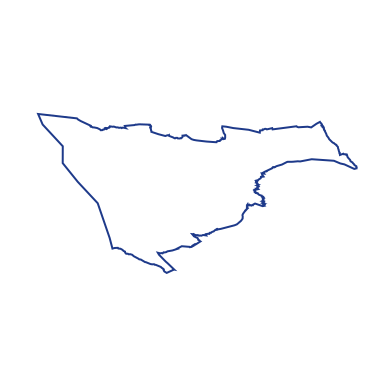 the district of Åsnes nor, Hedmark, Norway, rotated 186°
{"feature_id": "86288312B76254808109163", "entity_name": "Åsnes nor", "entity_type": "district", "adm_level": 2, "iso_a3": "NOR", "parent_name": "Norway", "parent_adm1": "Hedmark", "projection": "equal_earth", "projection_center": [12.086, 60.681], "detail": "fine", "context": "isolated", "style": "outline", "palette": "blue", "viewbox_px": 384, "rotation_deg": 186, "n_neighbors": 0, "source": "geoboundaries", "source_scale": "gbopen_adm2", "svg_char_len": 6006}
<svg xmlns="http://www.w3.org/2000/svg" viewBox="0 0 384 384"><g transform="rotate(186 192 192)"><path d="M353.2,253.5L347.6,243.5L325.3,224.0L323.6,207.2L306.7,190.2L284.6,171.0L269.1,137.7L265.2,127.4L263.2,128.2L260.2,128.7L259.9,128.7L259.8,128.4L259.4,128.1L257.2,128.1L255.1,127.2L253.9,126.2L252.4,125.7L252.2,124.8L251.0,123.7L249.4,123.9L248.3,123.4L247.0,123.7L244.9,123.3L243.3,122.1L238.4,120.1L237.4,119.5L235.9,119.5L231.4,117.4L230.6,117.4L225.7,116.0L224.1,115.9L222.2,116.2L221.3,115.7L220.5,115.8L215.1,114.2L214.2,113.4L213.4,113.1L212.1,112.2L212.2,111.8L211.8,111.5L211.8,110.9L211.2,110.1L208.7,108.9L202.6,112.5L202.8,112.7L202.7,113.1L201.6,113.0L208.8,118.6L210.8,120.0L217.2,125.3L218.2,126.1L219.6,128.0L217.3,127.7L215.8,128.1L214.8,127.9L214.0,129.0L213.0,129.0L211.2,129.6L210.3,130.4L205.4,131.8L200.4,134.0L200.8,134.2L196.5,137.0L188.6,137.2L188.4,136.9L186.8,137.3L185.0,138.6L185.6,138.9L183.5,140.5L183.0,140.1L178.5,143.7L179.2,144.0L179.3,144.4L179.6,144.7L180.8,145.1L180.9,145.7L181.8,146.7L181.9,147.2L182.9,147.2L185.5,148.2L186.2,149.0L187.0,149.7L187.4,150.1L186.6,150.1L186.1,150.4L184.4,149.6L183.4,149.5L181.6,149.7L180.2,149.3L179.6,149.6L178.2,149.5L176.5,150.4L173.3,150.3L173.7,150.9L174.3,151.2L174.2,151.4L171.8,152.1L170.4,152.2L170.3,152.9L170.0,153.0L169.9,153.3L168.8,153.4L168.6,153.8L167.7,154.5L166.3,155.1L165.1,156.5L163.8,156.9L163.9,157.0L163.6,157.4L163.7,157.6L163.3,157.9L163.0,158.0L162.1,157.6L159.6,158.3L146.3,163.3L144.0,164.5L140.2,168.5L138.9,170.8L139.0,172.9L139.4,174.3L139.0,175.6L137.9,177.6L136.1,180.1L136.3,180.1L134.9,181.7L135.7,182.1L135.5,182.6L135.8,183.1L135.2,183.9L135.7,184.0L136.0,184.6L135.4,185.6L135.3,185.3L134.4,185.1L133.9,185.3L133.8,184.9L133.4,184.8L132.6,185.0L132.5,184.8L131.6,185.0L131.3,184.8L131.1,185.0L130.9,185.1L130.3,185.2L130.4,185.5L128.1,187.1L120.2,185.3L119.3,185.6L119.8,185.8L119.3,186.0L119.6,186.2L118.4,186.6L118.3,187.0L119.0,187.0L118.8,187.2L119.5,187.4L119.3,187.7L119.6,187.9L119.3,188.0L121.0,188.4L120.5,188.9L119.8,188.9L119.9,189.2L119.4,189.6L119.9,190.0L120.2,189.7L120.6,190.0L120.3,190.2L121.0,190.3L120.3,190.7L120.1,190.5L120.3,190.9L120.0,191.1L120.1,191.4L120.4,191.3L120.6,191.5L120.7,191.3L120.8,191.4L120.4,192.3L120.6,192.5L120.4,192.6L120.6,193.0L120.2,193.1L120.3,193.3L120.1,193.5L120.6,193.8L120.1,193.9L120.4,194.2L120.9,194.0L120.5,194.4L120.6,194.7L121.4,194.9L121.7,194.9L121.7,194.6L121.9,194.6L122.0,195.0L122.4,195.3L122.1,195.4L122.3,195.7L122.8,195.7L124.9,196.2L125.7,196.7L126.0,197.2L126.9,197.3L126.4,197.5L126.6,197.7L127.2,197.5L127.9,198.0L128.1,197.9L128.0,197.7L128.4,197.7L128.4,197.9L128.7,198.2L129.4,198.4L129.4,198.8L129.7,198.9L129.4,199.5L130.0,200.0L129.3,200.2L129.4,200.5L129.7,200.3L130.1,200.5L130.2,200.8L129.0,201.3L128.6,201.7L127.8,201.7L127.6,201.4L126.7,201.7L127.6,202.2L127.1,202.3L127.5,202.6L127.5,203.0L127.3,203.2L127.6,203.5L127.5,203.8L126.6,204.3L127.6,204.9L127.1,205.1L127.5,205.4L127.1,205.7L127.7,205.7L127.1,206.1L126.9,206.2L126.7,205.9L126.6,206.1L127.6,206.4L127.5,206.8L127.9,207.4L128.4,207.4L128.5,207.9L129.0,208.0L128.7,208.3L129.4,208.9L129.3,209.4L129.7,209.9L128.4,210.4L128.0,209.9L127.0,211.4L125.2,212.8L124.9,213.5L125.0,214.3L124.0,214.7L123.5,214.5L122.5,214.8L123.8,216.2L124.6,217.8L122.8,217.8L123.2,218.1L122.6,218.4L123.1,218.8L121.2,220.1L120.0,220.3L119.8,220.5L120.0,220.8L113.9,224.5L114.7,224.4L114.1,225.2L113.1,225.4L112.8,225.2L112.7,225.3L111.9,225.5L111.6,225.9L110.5,226.6L105.4,228.7L100.8,231.7L100.1,232.0L95.0,232.6L90.0,233.6L87.6,233.7L76.4,237.1L54.1,237.9L47.5,235.9L43.3,235.4L33.3,232.0L32.5,232.0L32.0,232.4L30.9,232.7L31.0,233.0L30.8,233.8L31.2,234.2L31.3,234.8L33.3,235.8L33.6,236.4L35.1,237.6L35.5,238.2L37.5,239.1L38.1,240.4L40.8,242.8L41.2,243.9L41.8,244.5L41.7,245.0L42.1,245.6L43.2,245.3L43.6,245.6L44.9,245.4L45.5,245.9L48.7,244.3L49.0,245.5L49.3,245.7L49.1,246.3L49.7,246.9L49.7,247.1L50.4,248.5L50.5,249.2L51.2,250.5L51.7,252.2L53.4,253.6L53.4,254.0L55.2,254.8L55.8,255.4L57.1,255.8L58.0,256.4L61.1,258.9L62.1,260.4L63.8,262.1L64.6,263.9L66.4,266.7L66.3,266.9L67.2,267.7L67.1,268.0L67.6,268.9L67.5,269.2L68.3,269.8L67.8,270.0L68.2,270.7L69.1,271.6L69.3,271.7L69.5,271.4L69.8,271.3L70.2,271.5L70.3,271.7L70.0,271.9L69.8,272.7L70.7,273.8L71.5,274.3L72.1,275.1L75.3,272.9L80.2,268.7L83.9,269.0L92.9,267.5L94.3,267.8L94.9,268.3L118.4,262.7L118.9,263.9L124.1,262.1L124.7,262.4L125.9,262.5L127.5,261.6L128.2,261.6L128.3,260.8L130.8,260.3L130.8,258.1L142.1,259.8L157.6,259.9L164.6,260.5L168.7,260.5L168.8,258.8L167.5,256.3L166.6,254.0L165.0,252.2L164.7,249.7L164.8,248.7L165.0,248.2L165.9,248.2L166.9,248.8L166.8,248.0L168.1,248.2L167.9,247.5L169.2,246.5L169.3,246.2L169.6,246.2L169.9,245.6L171.9,245.3L172.6,244.9L172.8,244.1L173.8,244.0L182.9,243.7L192.9,243.8L195.7,244.0L198.0,244.5L204.6,248.4L204.4,248.2L204.6,248.0L204.5,247.7L205.1,247.2L206.7,247.3L207.0,246.9L207.3,246.9L207.1,246.0L207.6,245.1L208.3,244.6L208.5,244.3L208.9,244.4L209.6,244.0L211.7,243.8L212.3,244.3L213.6,244.2L214.2,243.7L214.9,243.6L216.5,244.3L220.6,245.4L220.8,246.1L221.1,245.8L221.6,246.0L222.5,245.8L224.4,244.9L231.5,246.0L238.7,247.6L238.8,248.6L239.2,249.1L239.3,249.8L240.0,251.1L239.6,251.2L239.6,251.3L240.1,251.9L239.7,252.1L239.5,252.9L239.9,253.6L240.3,253.7L240.7,254.4L240.9,254.4L241.0,253.9L241.6,254.1L241.6,254.5L251.6,253.8L254.5,253.1L255.3,253.1L256.0,252.6L265.6,250.7L265.2,250.1L265.1,248.9L264.7,248.6L266.9,248.8L267.8,248.7L268.6,248.2L269.4,248.6L271.3,248.2L272.6,248.5L274.0,248.3L276.6,248.9L277.5,248.6L280.0,248.7L279.9,248.5L280.8,248.1L280.6,247.8L280.9,247.4L282.7,246.7L283.0,246.2L283.6,245.6L283.8,245.6L284.3,246.2L284.2,246.7L284.7,246.7L285.5,246.3L285.6,245.8L285.5,245.4L286.1,244.9L287.1,244.7L287.5,244.2L289.2,243.9L290.0,244.6L291.0,245.0L293.0,245.7L296.3,246.0L297.5,245.9L298.4,246.3L299.4,246.3L299.8,246.6L299.6,247.3L310.0,250.9L312.9,252.2L314.1,253.2L353.2,253.5Z" fill="none" stroke="#1e3a8a" stroke-width="2"/></g></svg>